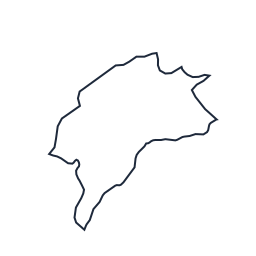 Nwoya, Mercator projection, rotated 325°
{"feature_id": "UGA-5625", "entity_name": "Nwoya", "entity_type": "District", "adm_level": 1, "iso_a3": "UGA", "parent_name": "Uganda", "parent_adm1": "", "projection": "mercator", "projection_center": [31.834, 2.49], "detail": "fine", "context": "isolated", "style": "outline", "palette": "slate", "viewbox_px": 256, "rotation_deg": 325, "n_neighbors": 0, "source": "natural_earth", "source_scale": "10m", "svg_char_len": 1284}
<svg xmlns="http://www.w3.org/2000/svg" viewBox="0 0 256 256"><g transform="rotate(325 128 128)"><path d="M224.7,131.8L216.9,132.7L209.2,131.9L202.1,133.5L201.1,141.2L202.0,156.8L205.5,171.8L205.3,171.7L198.7,171.3L196.9,171.7L195.6,172.7L192.5,175.7L190.4,176.7L186.1,176.5L179.8,171.7L173.9,169.9L169.3,167.4L167.4,166.6L161.6,165.9L159.7,165.3L152.2,158.6L148.2,156.8L143.7,153.6L141.6,152.5L139.5,152.1L137.6,152.2L135.9,152.1L134.0,151.1L130.9,152.5L123.2,153.8L119.7,155.0L116.8,157.2L110.8,164.0L93.1,169.9L89.6,170.4L88.1,170.0L86.0,168.3L84.3,167.9L71.5,167.9L68.7,168.7L62.3,172.3L53.2,174.6L43.9,181.5L38.8,183.2L37.7,183.8L33.9,186.3L31.3,175.7L32.8,170.7L39.7,163.3L49.4,158.7L53.8,156.0L56.6,153.3L57.4,148.4L58.1,143.4L58.2,140.7L59.1,136.4L61.0,133.2L63.8,131.8L65.8,131.3L67.2,129.9L68.0,128.1L68.3,125.9L67.5,124.4L65.7,124.5L63.6,125.2L62.0,125.3L58.7,122.5L55.8,114.5L53.6,110.6L50.9,107.6L48.5,104.1L56.7,101.7L62.7,95.7L71.4,86.3L79.3,82.3L101.3,82.3L104.0,75.0L109.3,70.4L153.8,69.7L160.5,73.7L167.1,74.4L175.8,74.4L182.4,79.0L190.4,81.0L194.4,83.0L192.0,89.0L188.5,93.8L187.1,99.1L189.8,104.8L195.0,107.9L206.9,108.7L206.1,111.0L206.4,114.8L207.3,118.5L210.2,123.4L215.2,126.6L221.2,128.4L224.7,131.8Z" fill="none" stroke="#1e293b" stroke-width="2"/></g></svg>